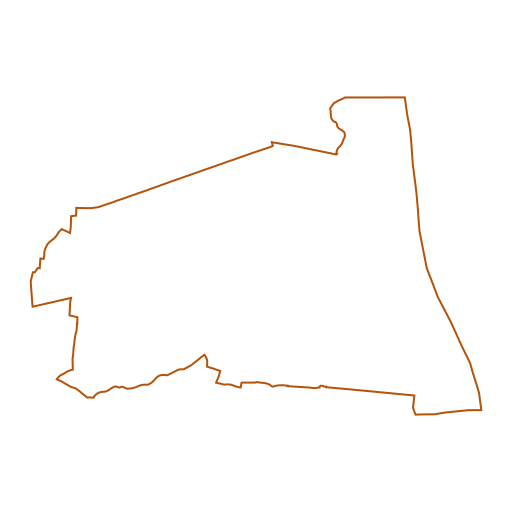 outline of Sabanagrande, Atlántico, Colombia
{"feature_id": "7082276B21965352685989", "entity_name": "Sabanagrande", "entity_type": "district", "adm_level": 2, "iso_a3": "COL", "parent_name": "Colombia", "parent_adm1": "Atlántico", "projection": "orthographic", "projection_center": [-74.78, 10.803], "detail": "fine", "context": "isolated", "style": "outline", "palette": "amber", "viewbox_px": 512, "rotation_deg": 0, "n_neighbors": 0, "source": "geoboundaries", "source_scale": "gbopen_adm2", "svg_char_len": 5982}
<svg xmlns="http://www.w3.org/2000/svg" viewBox="0 0 512 512"><path d="M76.3,207.9L76.3,208.1L76.3,209.8L76.1,215.6L71.1,216.2L70.8,226.5L70.0,233.0L61.8,229.1L61.4,229.4L59.4,231.3L58.3,232.8L57.6,233.9L56.7,235.3L55.9,236.4L55.2,237.3L54.2,238.3L53.4,239.0L52.4,239.8L51.4,240.4L50.5,241.2L49.9,241.7L49.0,242.5L48.1,243.5L47.4,244.4L46.7,245.6L46.2,246.8L45.6,248.0L45.2,249.1L44.9,250.0L44.6,251.0L44.4,251.7L44.3,252.7L44.3,253.2L44.3,254.0L44.4,255.0L43.6,258.9L40.4,258.5L39.7,268.3L37.6,268.1L34.9,272.2L32.9,272.3L30.7,281.5L32.5,306.1L32.6,306.7L71.0,297.9L70.2,302.0L69.5,315.4L77.4,317.2L77.3,323.5L76.9,323.5L76.9,323.9L76.9,324.4L76.9,325.5L76.9,326.6L76.8,327.9L76.7,329.1L76.6,330.1L76.4,331.4L75.9,332.8L75.4,334.7L75.3,335.5L74.8,338.4L74.5,340.9L74.3,343.3L73.9,345.7L73.6,347.5L73.6,348.9L73.4,350.2L73.3,351.9L73.3,353.2L73.1,354.5L73.0,355.6L72.8,356.1L72.8,356.5L72.8,357.3L72.6,358.7L72.5,359.7L72.5,360.2L72.6,361.4L72.8,369.7L70.9,370.1L69.3,370.7L68.2,371.1L67.2,371.6L66.3,372.1L65.5,372.6L64.4,373.3L63.8,373.8L63.1,374.1L62.3,374.4L61.6,374.7L60.6,375.3L59.1,376.5L58.5,377.1L57.6,378.2L57.2,378.6L56.7,379.2L57.1,379.5L58.8,380.3L61.4,381.3L63.0,382.3L64.1,382.9L64.9,383.5L67.3,384.8L71.0,386.9L71.5,387.1L73.8,387.8L75.4,388.2L76.6,389.1L79.1,390.9L81.2,392.6L82.0,393.4L84.7,395.5L86.3,396.8L87.4,397.7L87.8,397.6L89.1,397.4L90.7,397.4L92.7,397.6L93.7,397.7L94.0,397.0L94.4,396.1L95.1,395.3L95.7,394.7L96.2,394.4L96.7,393.9L97.5,393.3L98.5,392.8L99.7,392.4L100.5,392.1L101.4,392.0L102.9,391.8L104.1,391.7L104.7,391.7L105.6,391.5L106.5,391.2L107.7,390.6L108.7,390.0L109.6,389.5L110.9,388.5L112.0,387.9L113.1,387.2L114.4,386.6L115.3,386.5L116.1,386.5L117.0,386.7L118.1,387.3L119.0,387.5L119.4,387.5L119.9,387.4L120.9,387.0L121.9,386.7L122.5,386.8L123.4,387.1L124.5,387.7L125.8,388.2L126.3,388.3L126.7,388.7L128.8,388.7L130.6,388.4L132.3,388.2L133.9,387.8L136.3,387.0L138.2,386.2L139.9,385.5L141.1,385.1L142.2,384.9L143.1,384.8L144.5,384.7L146.0,384.7L147.4,384.7L148.0,384.6L148.9,384.3L150.0,383.6L151.2,382.9L152.4,381.9L153.8,380.7L155.0,379.2L156.4,377.8L157.6,376.7L158.3,376.2L158.9,375.9L159.6,375.6L160.8,375.2L161.4,375.1L162.4,375.0L163.5,374.9L164.7,375.0L165.2,375.0L165.7,375.2L166.4,375.3L166.7,375.3L167.4,375.2L168.3,374.8L169.6,374.1L171.1,373.4L173.0,372.4L175.1,371.3L177.6,370.1L178.7,369.6L179.5,369.4L180.4,369.3L182.7,369.3L183.4,369.3L184.0,369.2L184.5,368.9L185.8,368.2L188.1,366.9L189.8,366.0L191.7,364.9L193.3,363.5L195.1,362.1L196.9,360.7L199.0,359.0L201.1,357.3L203.6,355.4L204.4,354.8L205.1,355.7L206.1,357.6L206.7,358.9L207.1,360.1L207.2,360.8L207.2,362.1L207.1,365.6L207.1,366.7L208.2,367.0L210.4,367.7L213.4,368.6L216.5,369.7L219.1,370.5L220.2,370.9L219.6,373.1L218.9,375.8L218.6,376.7L217.9,378.4L216.6,381.4L216.1,382.7L217.4,383.0L219.7,383.5L221.1,383.8L222.7,384.2L223.3,384.4L224.0,384.6L224.4,384.6L224.8,384.6L225.4,384.5L226.7,384.4L227.8,384.4L229.9,384.5L231.4,384.8L233.0,385.4L234.5,386.0L236.7,386.7L237.7,387.0L239.1,387.3L240.7,387.5L241.3,383.8L241.4,383.0L241.6,382.6L244.9,382.6L251.3,382.6L255.4,382.6L255.8,382.3L256.3,382.1L256.8,382.1L257.6,382.2L259.4,382.5L261.2,382.7L263.7,382.9L265.9,383.3L268.2,384.0L269.6,384.6L270.7,385.4L271.6,386.2L272.1,386.4L272.6,386.6L273.3,386.6L274.5,386.1L275.3,385.9L277.0,385.6L278.9,385.3L280.9,385.3L282.7,385.2L284.5,385.4L285.3,385.5L286.0,385.5L286.4,385.5L287.2,385.6L287.8,385.7L287.7,386.2L287.9,386.2L289.6,386.3L291.5,386.4L293.5,386.6L295.2,386.6L295.7,386.7L298.5,386.8L299.3,386.9L300.4,387.0L303.1,387.1L304.0,387.2L305.2,387.3L307.8,387.4L309.1,387.5L310.8,387.7L312.5,388.0L313.6,388.0L314.8,388.1L315.3,388.1L315.9,388.0L317.1,387.8L317.8,387.7L318.0,387.6L318.8,387.5L319.5,387.5L319.5,387.3L319.5,387.0L320.4,385.8L323.0,385.8L323.3,386.2L323.8,386.5L324.4,386.6L325.3,386.6L326.2,386.6L326.2,387.3L326.3,387.3L327.3,387.3L351.4,389.5L414.4,395.5L413.0,407.8L415.5,414.6L422.8,414.4L434.6,414.3L444.5,412.6L468.1,410.2L481.3,410.1L479.1,393.2L476.8,385.3L472.6,372.1L470.2,363.3L461.5,345.5L451.1,322.5L437.7,296.8L433.2,284.8L426.8,268.3L424.0,254.1L419.5,231.2L418.7,221.2L417.8,208.4L416.5,193.7L415.8,187.6L412.8,164.3L411.3,142.7L410.1,129.8L407.6,116.9L406.9,112.5L404.8,97.4L404.4,97.4L345.0,97.5L344.8,97.6L342.3,98.9L341.5,99.2L340.6,99.6L339.7,100.0L338.9,100.4L338.0,100.7L337.2,101.2L335.7,102.2L334.5,102.8L333.6,103.3L333.3,104.1L332.7,104.9L332.0,105.6L331.5,106.5L330.9,107.3L330.2,108.1L330.4,109.9L330.7,111.8L330.7,113.0L330.8,114.1L330.8,115.0L331.1,116.9L331.2,117.8L331.5,118.6L332.0,119.5L333.2,121.0L333.9,121.5L334.0,121.6L334.7,121.7L335.5,122.0L336.2,122.8L336.7,123.6L337.1,124.6L337.2,126.4L338.4,128.0L339.9,129.1L340.7,129.6L341.7,130.0L342.4,130.7L343.1,131.3L343.9,131.9L344.5,132.7L344.7,133.9L344.8,134.8L344.8,135.7L344.8,136.7L344.5,137.6L343.8,138.7L343.3,139.8L343.1,140.8L342.7,141.6L342.3,142.4L342.0,143.3L341.6,144.1L341.1,144.9L340.5,145.7L339.8,146.4L339.1,147.0L338.4,147.7L337.9,148.5L337.0,150.2L336.5,152.0L336.5,153.0L336.7,153.9L336.8,153.9L336.4,154.5L293.9,145.8L291.9,145.5L290.1,145.2L285.5,144.5L278.9,143.4L274.1,142.6L271.8,142.2L272.0,143.0L272.6,145.1L272.8,145.8L271.4,146.6L266.9,148.2L263.7,149.2L261.1,150.1L255.4,152.0L252.9,152.8L249.3,154.1L246.8,155.0L243.4,156.2L237.8,158.1L234.4,159.4L232.5,160.0L228.1,161.5L223.1,163.3L222.6,163.5L217.9,165.1L210.0,167.9L207.7,168.7L203.5,170.1L201.1,171.0L196.9,172.5L192.6,174.0L187.9,175.7L185.4,176.5L180.7,178.2L179.3,178.7L175.2,180.1L170.3,181.8L164.9,183.8L161.4,185.0L159.4,185.8L158.8,186.0L154.8,187.4L153.5,187.9L152.5,188.2L148.6,189.6L147.1,190.2L144.3,191.2L142.1,191.9L140.2,192.6L137.7,193.4L135.4,194.3L132.5,195.3L129.8,196.2L128.2,196.8L125.4,197.8L122.9,198.7L120.2,199.6L117.5,200.5L115.7,201.1L113.4,202.1L111.2,202.8L109.4,203.4L106.3,204.4L101.6,206.0L98.7,207.1L97.5,207.2L97.1,207.4L95.2,207.6L91.4,208.1L90.3,208.2L88.3,208.1L84.4,208.1L76.3,207.9Z" fill="none" stroke="#b45309" stroke-width="2"/></svg>